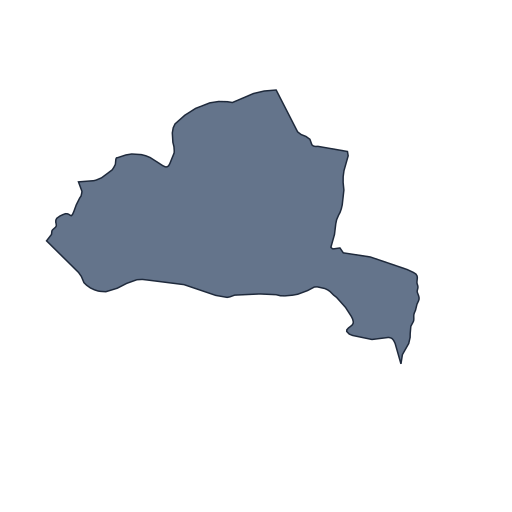 an SVG outline of Logar, rotated 44°
{"feature_id": "AFG-1771", "entity_name": "Logar", "entity_type": "Province", "adm_level": 1, "iso_a3": "AFG", "parent_name": "Afghanistan", "parent_adm1": "", "projection": "albers", "projection_center": [69.257, 33.983], "detail": "fine", "context": "isolated", "style": "filled", "palette": "slate", "viewbox_px": 512, "rotation_deg": 44, "n_neighbors": 0, "source": "natural_earth", "source_scale": "10m", "svg_char_len": 2233}
<svg xmlns="http://www.w3.org/2000/svg" viewBox="0 0 512 512"><g transform="rotate(44 256 256)"><path d="M249.2,117.3L252.7,119.9L260.0,133.5L263.6,138.4L267.5,142.5L273.4,147.5L282.5,159.3L284.6,162.8L286.2,166.3L287.0,169.2L288.8,173.9L291.0,177.4L297.5,186.0L303.8,197.7L305.9,197.7L306.9,196.9L310.8,191.9L316.6,193.1L338.9,177.3L374.2,160.7L380.6,158.5L383.6,157.9L385.8,158.5L387.2,159.6L389.4,162.4L390.2,163.3L390.8,163.8L393.3,165.2L394.2,166.0L394.8,166.8L395.8,168.5L396.5,169.5L397.3,170.1L400.7,171.7L402.1,172.6L403.2,173.7L404.0,175.2L405.3,178.9L408.4,184.2L409.5,187.1L410.2,188.4L411.0,189.4L413.3,191.7L414.2,192.8L414.7,193.8L416.2,199.0L420.9,204.8L423.4,207.5L426.6,212.8L429.8,225.2L435.2,232.9L416.9,222.3L414.8,221.5L413.0,221.0L411.2,220.9L409.6,221.4L407.8,222.6L397.4,235.5L380.6,246.1L377.3,247.4L373.7,247.3L372.6,246.0L372.5,243.5L372.9,240.9L373.1,238.6L372.6,236.8L371.5,235.6L369.2,234.2L366.4,233.2L356.1,230.8L342.7,229.8L338.9,230.2L333.9,230.1L331.0,230.6L328.1,231.6L321.4,235.7L319.5,237.8L317.1,245.1L312.6,254.5L309.5,258.8L304.4,264.7L301.1,267.7L297.4,269.8L285.6,280.2L284.0,281.8L267.8,299.0L265.6,303.5L264.0,305.8L254.4,312.3L224.1,326.6L194.7,348.6L190.5,351.8L186.8,355.8L182.0,365.5L178.6,375.5L172.8,386.0L168.7,389.5L166.7,390.9L163.2,392.6L159.1,394.0L154.4,394.7L150.8,394.7L144.5,392.0L139.8,391.1L94.8,390.6L93.9,382.5L91.8,379.8L91.5,378.6L91.8,374.4L91.4,373.0L89.9,371.7L88.4,370.7L87.1,369.2L86.5,367.3L87.2,363.4L88.3,360.5L89.5,358.0L90.8,356.8L92.0,356.2L94.4,355.7L95.2,355.2L95.1,353.4L94.0,350.4L91.2,344.1L88.9,336.8L88.5,334.4L87.0,331.9L85.9,330.4L76.8,326.0L87.0,314.5L88.3,312.4L90.6,307.0L92.7,294.0L92.2,291.2L91.2,287.8L88.1,283.9L87.6,282.9L87.5,282.3L88.2,281.3L92.2,273.7L95.7,269.0L103.1,262.7L107.2,260.4L111.5,258.7L126.1,255.8L128.8,254.9L130.0,253.8L130.4,252.4L130.4,251.7L129.9,249.6L125.5,238.7L124.2,237.2L121.1,234.4L117.3,232.0L110.3,225.6L107.4,221.3L106.0,217.2L107.0,204.2L110.0,191.8L116.4,177.9L121.8,170.8L128.2,164.9L132.4,162.0L141.3,140.9L147.3,131.6L155.2,122.6L199.7,137.8L204.0,137.3L208.9,135.3L213.7,134.6L219.0,137.2L221.0,137.0L222.8,135.8L224.4,134.1L249.2,117.3Z" fill="#64748b" stroke="#1e293b" stroke-width="1.5"/></g></svg>